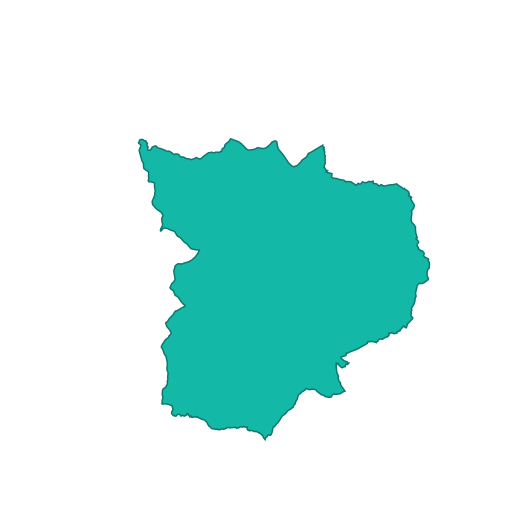 San Cayetano, Cundinamarca, Colombia (Albers equal-area conic projection), rotated 325°
{"feature_id": "7082276B62446373339700", "entity_name": "San Cayetano", "entity_type": "district", "adm_level": 2, "iso_a3": "COL", "parent_name": "Colombia", "parent_adm1": "Cundinamarca", "projection": "albers", "projection_center": [-74.103, 5.334], "detail": "fine", "context": "isolated", "style": "filled", "palette": "teal", "viewbox_px": 512, "rotation_deg": 325, "n_neighbors": 0, "source": "geoboundaries", "source_scale": "gbopen_adm2", "svg_char_len": 6132}
<svg xmlns="http://www.w3.org/2000/svg" viewBox="0 0 512 512"><g transform="rotate(325 256 256)"><path d="M224.9,95.6L224.6,96.6L225.3,98.4L225.2,99.1L223.4,100.8L221.5,101.8L220.6,103.0L217.2,112.5L216.9,115.5L214.5,119.4L214.4,120.5L216.0,124.9L215.9,126.3L214.0,128.5L212.3,131.5L211.1,132.2L210.7,133.4L211.0,134.0L212.7,134.8L213.1,135.9L214.6,137.5L214.6,138.2L212.5,141.2L210.8,144.9L208.7,146.9L208.2,147.9L202.1,151.9L200.8,154.6L201.4,160.5L203.5,166.1L203.0,169.7L201.0,170.7L199.6,172.0L199.3,173.5L198.5,174.1L197.9,176.4L195.9,178.0L193.7,179.0L192.2,180.4L192.2,180.8L193.3,181.0L194.7,180.3L196.2,180.2L197.8,181.1L199.4,182.9L201.1,186.2L203.4,189.0L203.0,194.4L204.5,197.5L205.2,203.6L206.3,206.2L206.9,212.6L209.9,216.1L213.0,218.6L210.6,220.2L206.1,221.9L200.3,222.5L197.1,222.0L193.0,220.5L191.1,220.3L187.9,217.8L186.8,217.5L184.2,217.7L180.0,221.2L176.3,228.8L174.0,229.9L171.2,230.3L167.3,232.7L167.3,234.2L168.4,237.3L167.2,241.8L168.6,244.7L168.5,250.6L168.8,253.4L169.5,255.4L169.2,256.3L159.9,255.5L158.5,254.9L157.2,255.2L154.5,256.6L149.5,257.4L145.9,258.9L143.9,258.9L143.5,259.1L142.5,262.7L142.9,267.3L142.4,270.2L141.6,271.0L138.8,271.6L137.5,272.5L133.1,272.8L130.4,274.1L129.6,274.2L126.6,275.8L126.1,276.7L126.1,278.9L124.7,283.7L124.6,285.3L124.9,286.2L122.2,292.4L120.2,295.2L118.7,296.7L117.7,298.5L117.0,301.3L113.9,304.9L112.9,306.7L111.5,307.7L109.9,310.2L108.2,310.8L106.7,311.8L104.2,311.5L102.3,312.5L99.9,315.4L99.2,316.9L98.9,318.3L96.1,320.6L95.1,322.4L94.3,322.8L94.2,323.5L97.0,325.1L99.3,327.3L101.3,330.7L100.0,334.1L97.9,335.1L96.8,336.2L96.5,337.5L96.7,339.1L97.2,339.5L97.6,340.6L98.8,341.3L100.8,340.8L102.2,341.5L102.9,343.3L102.7,344.1L104.5,344.4L105.3,346.0L107.9,346.4L108.8,345.6L109.5,345.7L109.9,346.6L109.3,347.1L109.8,348.3L109.5,349.7L110.9,349.7L110.5,350.9L111.8,352.0L114.4,352.8L114.5,353.7L115.9,354.4L115.9,355.0L118.2,359.0L119.8,360.8L120.3,364.1L119.8,368.2L120.5,369.8L120.6,371.7L123.9,375.2L125.2,375.7L125.3,376.5L127.2,377.8L128.9,377.9L130.1,379.5L135.0,380.3L135.7,381.6L140.0,384.0L141.2,385.3L141.3,386.1L142.3,386.1L143.2,386.8L145.6,387.1L146.9,388.5L147.9,388.5L149.0,390.0L150.7,391.3L149.4,392.8L149.6,394.3L150.3,394.7L150.3,395.4L151.3,395.7L152.8,396.9L153.8,398.7L155.8,400.2L158.0,404.6L158.4,407.6L158.0,408.8L158.1,411.6L159.3,410.6L161.9,410.2L162.9,409.6L163.7,409.9L164.6,410.9L165.7,411.1L168.0,409.7L171.5,406.3L173.2,406.3L176.8,405.3L178.7,405.1L185.4,402.2L190.1,402.0L193.0,400.9L195.9,401.3L199.8,401.1L201.5,399.9L203.3,399.6L204.8,398.2L207.5,397.0L211.0,394.1L213.6,394.1L215.0,393.7L219.1,393.9L221.1,393.3L222.4,395.4L223.7,396.5L226.6,397.9L227.7,399.3L228.3,400.4L228.4,402.1L230.0,407.3L231.6,408.7L231.7,410.3L234.6,413.6L236.9,414.7L238.6,413.7L240.5,413.5L241.0,413.9L241.2,414.7L245.9,417.1L249.7,417.3L251.4,417.7L251.3,411.4L251.6,409.3L252.4,408.7L252.4,405.6L253.4,402.7L254.6,401.8L255.5,397.6L258.5,392.1L259.5,391.4L259.9,389.9L261.5,390.6L261.1,392.4L261.5,392.9L261.7,395.4L262.4,396.9L264.8,397.3L265.5,397.9L267.5,396.2L268.8,397.4L270.6,396.9L269.9,396.3L270.0,394.9L268.1,392.5L267.2,388.9L267.1,388.1L267.6,387.5L272.7,389.1L274.3,387.4L275.0,388.1L277.2,388.3L286.0,390.4L293.1,391.1L297.0,391.4L298.6,390.4L302.9,393.3L304.9,395.9L305.3,395.4L306.8,395.8L307.6,395.1L310.0,394.9L311.7,396.7L315.8,396.9L317.6,397.8L318.3,397.2L319.2,397.4L320.2,396.2L320.4,395.4L321.7,396.4L323.5,396.7L323.8,397.8L324.5,398.8L326.3,399.7L327.0,399.5L327.5,399.9L327.9,399.2L329.0,399.3L329.7,399.8L330.6,399.3L331.3,399.8L331.9,399.2L333.8,398.9L334.6,398.3L336.9,398.3L337.1,400.1L338.0,401.0L341.1,398.6L348.5,397.1L349.0,396.3L348.6,394.4L348.9,393.1L350.1,392.6L351.0,390.8L352.6,389.7L353.4,387.9L357.4,386.2L360.2,384.2L362.3,381.7L363.9,381.0L365.4,377.9L371.0,372.8L373.2,371.9L373.9,372.1L375.9,373.6L378.3,374.3L383.5,374.1L384.4,373.2L384.7,370.5L387.2,366.9L388.3,366.0L391.0,365.2L393.7,361.9L394.3,360.7L394.4,358.6L395.5,357.6L395.5,357.1L393.4,353.2L393.5,351.7L395.1,350.6L395.4,349.8L395.2,347.1L393.8,346.1L393.8,344.5L393.0,343.4L393.9,342.0L393.6,340.1L395.2,338.7L397.3,337.9L397.4,335.8L396.9,334.0L397.3,333.4L398.6,333.6L399.9,329.2L402.0,325.4L403.3,323.8L403.4,321.0L402.9,317.7L403.8,315.2L408.1,310.5L408.9,309.3L409.1,308.3L412.5,307.3L414.9,305.3L415.5,297.2L416.3,297.0L416.8,297.5L417.1,297.1L416.7,295.8L415.4,294.4L417.2,293.1L417.3,291.6L417.8,291.3L417.3,288.8L416.4,286.9L416.2,285.6L415.1,285.4L414.7,283.0L413.7,281.3L412.6,277.6L409.5,276.3L406.0,274.3L400.8,272.2L399.8,269.8L399.1,269.2L397.8,269.5L397.0,269.2L396.0,265.8L394.1,264.3L393.9,263.1L394.8,262.2L394.8,261.7L392.8,261.2L391.0,259.5L389.2,259.5L388.4,259.2L386.7,257.8L385.6,256.3L383.2,257.0L382.0,256.5L381.6,255.2L380.7,255.1L378.9,255.7L378.6,255.5L376.3,249.6L373.5,247.3L372.0,246.8L371.9,245.2L371.4,244.3L368.1,241.0L366.7,238.9L364.3,236.9L363.2,235.3L363.2,234.6L365.5,232.1L361.6,227.6L361.9,227.2L363.5,227.2L362.5,225.3L362.9,223.3L362.4,222.4L366.2,219.5L366.8,217.8L367.5,217.3L369.4,214.4L370.3,213.7L370.4,211.7L371.5,210.9L372.1,210.0L372.2,208.6L373.2,207.9L372.5,206.8L374.1,206.2L373.6,204.2L374.2,203.5L360.2,202.5L357.7,202.0L354.3,203.8L348.4,203.9L346.7,204.6L341.7,205.6L338.2,204.5L337.0,202.9L336.1,198.8L336.3,188.9L335.7,181.6L336.0,179.8L338.6,174.2L338.1,173.1L337.1,172.4L334.0,171.9L332.1,172.6L329.3,173.0L325.6,173.1L323.3,172.0L319.4,168.1L317.2,168.0L314.5,167.1L310.8,165.1L309.7,163.5L308.4,155.6L307.3,152.5L302.4,145.4L299.7,146.6L295.0,146.9L293.9,147.4L292.7,148.8L289.7,148.9L287.9,150.6L286.9,150.0L285.9,150.3L282.5,147.8L280.8,147.5L279.4,145.7L276.3,144.2L271.0,144.2L266.8,144.7L265.1,143.9L263.5,141.0L261.2,140.9L258.1,139.8L256.5,137.7L255.1,136.8L253.5,133.6L251.2,131.4L250.7,129.9L251.0,128.5L249.0,126.4L247.2,126.0L245.5,121.2L244.7,120.1L242.8,118.8L241.9,116.8L239.1,112.8L237.8,111.5L237.1,108.4L235.0,107.5L233.2,107.4L230.6,108.7L228.4,107.5L228.3,106.4L230.2,104.7L230.0,102.7L231.7,101.3L231.4,100.0L231.8,98.7L230.5,97.0L230.1,95.6L228.1,94.3L227.2,94.3L225.8,95.4L224.9,95.6Z" fill="#14b8a6" stroke="#0f766e" stroke-width="1.5"/></g></svg>